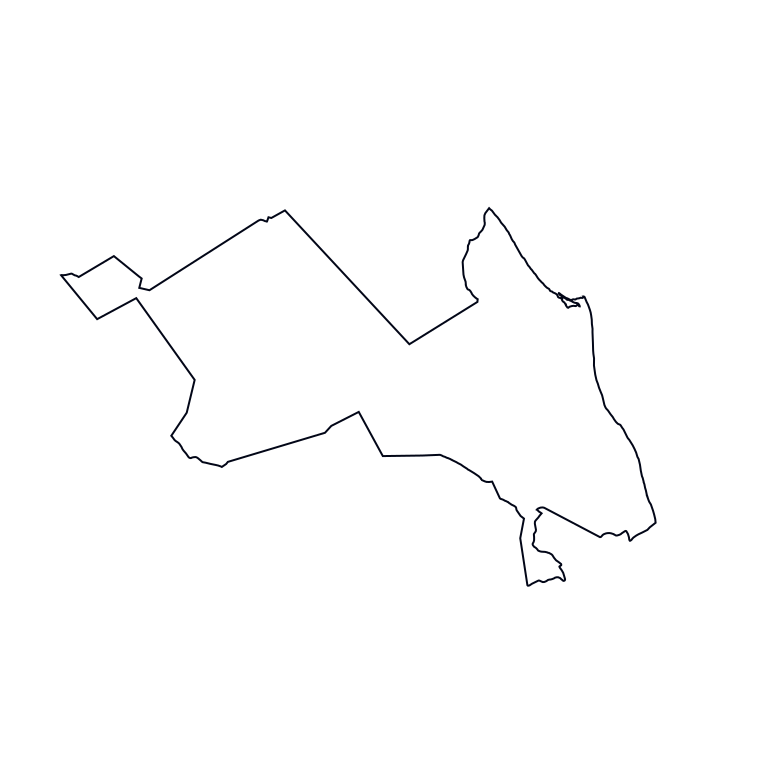 Massinga, Inhambane, Mozambique (Natural Earth projection), rotated 328°
{"feature_id": "85939544B96403406066950", "entity_name": "Massinga", "entity_type": "district", "adm_level": 2, "iso_a3": "MOZ", "parent_name": "Mozambique", "parent_adm1": "Inhambane", "projection": "natural_earth1", "projection_center": [35.191, -22.846], "detail": "fine", "context": "isolated", "style": "outline", "palette": "ink", "viewbox_px": 768, "rotation_deg": 328, "n_neighbors": 0, "source": "geoboundaries", "source_scale": "gbopen_adm2", "svg_char_len": 6106}
<svg xmlns="http://www.w3.org/2000/svg" viewBox="0 0 768 768"><g transform="rotate(328 384 384)"><path d="M378.8,465.1L393.9,473.7L395.1,475.2L395.2,475.5L395.9,476.7L397.1,478.1L398.0,479.6L398.7,480.5L398.9,480.6L400.5,482.9L401.1,484.1L401.3,484.2L401.6,484.9L404.0,488.7L404.8,490.3L406.5,493.1L407.6,495.8L409.6,500.0L409.9,501.1L410.6,502.2L413.2,507.4L415.4,512.4L416.2,515.8L415.6,516.8L415.7,516.7L417.9,520.0L419.2,521.5L421.4,522.9L424.0,524.1L421.7,542.4L422.1,543.3L422.9,544.2L423.6,545.1L424.2,546.1L424.5,546.8L425.7,548.4L426.4,549.7L426.6,549.8L427.1,551.4L427.8,552.8L428.1,553.7L429.7,556.2L430.5,558.0L430.4,559.1L429.7,560.8L429.6,561.6L429.9,568.3L431.4,572.3L417.8,587.0L399.0,630.6L399.1,631.2L399.7,631.6L400.7,631.9L403.6,631.8L410.4,632.5L411.2,632.7L411.7,633.2L413.1,635.3L413.3,635.5L413.4,635.8L413.8,636.2L415.2,636.9L417.2,637.2L419.3,637.1L420.8,637.6L421.5,638.0L423.0,638.5L425.0,638.9L426.5,638.9L428.0,639.4L429.3,640.2L430.5,641.9L430.8,643.0L430.8,643.3L431.4,644.8L431.4,645.1L431.8,646.0L432.8,646.4L433.3,646.3L433.9,645.8L434.2,645.3L435.9,639.1L436.0,636.0L435.8,633.4L435.9,631.9L436.2,631.7L438.2,631.6L438.6,631.1L438.8,630.5L437.8,627.7L436.5,624.7L436.1,621.5L436.1,618.4L435.8,617.2L434.4,614.7L433.7,614.1L433.1,613.2L431.6,611.7L428.9,609.8L427.8,608.8L426.6,607.2L426.4,606.7L426.4,605.5L426.0,603.6L425.6,602.6L425.2,602.0L425.0,601.2L424.9,599.6L425.0,599.0L425.3,598.4L426.0,597.9L426.6,597.6L427.4,597.1L428.6,595.9L430.2,593.3L431.1,591.5L431.6,590.7L432.9,590.1L433.9,589.7L434.8,589.2L435.0,588.9L435.6,588.2L437.1,584.4L437.9,582.4L439.0,580.8L439.4,580.5L440.6,580.0L444.1,579.0L446.0,578.2L449.1,577.2L448.5,575.7L447.9,574.6L447.2,571.9L447.0,571.6L448.0,571.3L448.8,571.3L451.0,571.7L451.7,572.0L453.2,572.8L454.3,573.9L486.0,628.3L486.7,628.6L487.2,628.6L489.6,627.9L491.0,627.9L493.0,628.3L494.3,628.8L496.1,629.8L497.4,630.9L499.1,632.9L499.3,633.5L499.5,633.6L500.2,635.1L500.7,635.6L501.7,636.1L503.6,636.6L505.2,636.8L506.3,636.6L509.4,636.5L510.5,636.5L511.1,636.7L511.5,637.2L511.4,640.5L510.5,643.8L509.5,646.0L509.4,646.9L509.4,647.2L509.7,647.4L510.8,647.4L511.7,647.2L512.6,646.8L514.2,646.4L517.6,646.2L520.2,646.3L524.3,646.8L530.1,647.3L533.4,646.4L540.8,645.6L542.4,642.4L543.9,637.9L545.0,634.1L546.5,627.6L546.5,624.5L546.8,622.7L547.7,618.6L547.8,618.7L548.2,617.1L549.7,613.0L550.4,610.4L551.7,607.0L552.2,604.7L552.4,604.5L553.6,600.8L553.9,598.9L554.6,597.0L555.9,593.5L558.3,588.1L560.2,582.5L560.3,580.1L561.5,575.7L561.8,573.4L562.0,572.2L562.4,567.8L562.4,561.2L562.1,559.4L562.1,558.3L563.0,549.4L562.8,547.4L562.8,544.4L562.7,543.8L561.2,541.6L560.6,539.0L560.4,535.7L560.5,533.3L560.1,529.9L559.9,525.0L559.4,522.6L559.4,521.3L559.8,518.6L562.1,511.9L563.0,509.1L563.6,505.4L564.4,501.0L565.5,497.1L566.2,493.4L568.1,488.0L571.9,479.5L575.7,473.6L577.5,469.5L579.0,466.6L583.1,459.6L588.3,450.5L590.1,447.7L592.1,443.3L594.3,439.5L596.0,435.7L597.1,433.0L597.9,430.2L598.6,427.0L599.1,424.6L599.3,421.8L600.2,416.6L599.8,415.6L599.4,415.4L599.4,416.0L599.0,416.2L598.0,416.2L597.6,416.0L596.8,415.3L596.4,415.0L595.1,414.8L592.6,413.7L591.4,413.8L591.0,413.7L589.3,412.4L588.4,412.2L587.4,412.1L586.7,411.6L585.0,408.7L583.9,407.4L581.5,402.1L580.8,400.0L580.5,399.6L580.3,399.7L580.1,400.0L580.4,400.7L580.3,401.5L580.5,402.0L581.2,402.8L581.3,403.3L581.0,403.7L580.9,404.1L581.2,405.1L581.4,405.6L581.7,405.5L581.8,405.3L582.2,405.7L582.8,406.7L583.0,407.2L583.5,408.2L583.9,409.6L584.5,410.1L585.5,410.7L585.7,411.4L586.2,412.1L586.6,412.4L586.8,413.1L587.3,413.3L587.4,413.6L587.5,414.3L588.5,415.8L589.3,416.7L590.3,417.4L591.2,418.5L591.4,419.3L591.4,421.2L591.2,421.5L591.1,421.8L590.8,421.6L590.5,420.4L590.3,420.0L589.6,419.3L588.1,419.6L587.7,419.4L586.1,418.1L584.5,417.4L582.2,416.8L580.7,417.0L580.1,416.4L579.9,413.7L580.1,413.3L580.4,413.1L580.5,412.7L580.1,412.0L580.2,410.4L579.6,409.3L579.4,408.1L579.4,407.4L579.6,406.9L579.9,406.7L580.0,406.2L579.2,404.7L578.0,403.3L577.8,402.8L577.7,402.3L577.9,401.6L578.0,400.4L578.0,399.7L577.8,399.1L577.3,398.0L575.8,395.8L575.6,394.8L574.9,394.1L574.2,392.8L574.4,391.6L574.3,390.7L573.2,388.7L572.6,386.5L572.3,385.0L572.2,383.1L571.6,381.3L571.3,379.6L570.9,377.9L570.6,375.7L570.6,372.3L570.5,370.8L570.1,369.7L569.8,365.3L569.5,364.3L569.4,361.7L569.0,359.7L569.4,353.6L569.4,351.8L568.7,350.2L568.5,348.4L569.0,337.4L569.1,335.1L569.4,333.9L569.4,332.6L569.1,331.2L569.1,328.9L569.7,324.8L569.7,322.9L570.0,321.6L569.9,320.8L569.6,318.5L569.7,314.6L568.8,309.2L568.9,306.3L568.6,302.5L568.3,301.6L568.1,300.4L567.8,299.4L567.4,294.2L566.6,292.1L566.3,290.6L560.5,292.8L558.9,293.9L558.2,294.6L557.4,295.9L557.1,296.2L555.3,299.5L554.9,300.7L553.7,302.4L549.2,305.4L547.3,306.0L545.0,306.5L544.1,307.0L543.3,307.8L541.7,308.9L541.0,309.1L537.7,309.1L535.3,308.8L534.3,308.3L533.2,307.6L532.7,307.8L532.2,308.2L531.3,309.4L531.0,309.5L530.4,310.1L528.6,311.1L528.1,311.9L527.9,312.0L526.6,314.1L525.7,315.1L522.5,317.3L516.6,321.0L515.3,322.3L509.4,333.3L508.4,336.0L507.4,340.5L506.1,343.1L505.9,343.2L505.3,345.3L505.1,347.7L505.4,348.5L506.0,349.2L506.2,349.5L506.5,351.0L506.5,353.1L506.3,354.0L506.5,356.3L507.2,359.0L507.6,359.9L507.6,360.2L508.4,361.7L506.7,363.9L426.6,363.7L392.0,184.3L376.4,183.5L374.4,181.4L370.9,184.2L370.5,184.0L370.4,183.7L369.4,182.8L368.4,181.2L366.6,179.4L365.0,179.0L364.1,178.9L234.8,180.2L227.4,172.8L234.4,166.1L233.2,163.0L222.7,132.4L181.8,131.5L181.1,130.1L180.4,129.0L179.3,127.9L177.7,125.0L177.1,124.6L172.1,123.0L169.7,121.8L168.2,120.7L167.8,120.6L175.1,177.0L219.4,179.9L225.6,280.2L201.5,303.8L176.2,315.2L176.5,317.5L176.7,320.5L177.1,321.9L178.2,324.3L178.7,325.8L178.8,326.7L178.9,330.2L178.6,332.2L178.7,334.3L179.3,338.0L179.5,342.2L179.7,343.1L180.3,344.0L181.0,344.5L182.4,344.7L183.8,345.2L185.5,346.1L185.9,346.5L186.5,347.4L186.9,348.3L188.0,351.7L188.5,353.6L188.8,354.2L191.0,356.2L194.5,359.8L198.4,363.5L200.1,365.2L201.9,367.4L202.5,368.4L207.8,368.2L210.3,367.3L308.1,394.1L317.1,391.6L347.8,394.3L344.8,444.5L378.8,465.1Z" fill="none" stroke="#020617" stroke-width="2"/></g></svg>